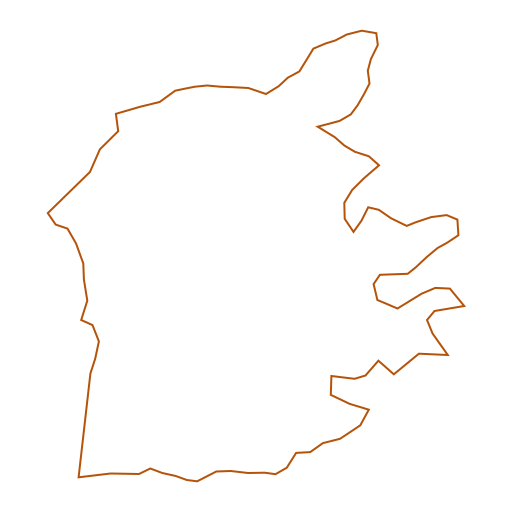 Bom Progresso, Rio Grande do Sul, Brazil (Natural Earth projection)
{"feature_id": "56859067B54458267467801", "entity_name": "Bom Progresso", "entity_type": "district", "adm_level": 2, "iso_a3": "BRA", "parent_name": "Brazil", "parent_adm1": "Rio Grande do Sul", "projection": "natural_earth1", "projection_center": [-53.832, -27.54], "detail": "fine", "context": "isolated", "style": "outline", "palette": "amber", "viewbox_px": 512, "rotation_deg": 0, "n_neighbors": 0, "source": "geoboundaries", "source_scale": "gbopen_adm2", "svg_char_len": 1432}
<svg xmlns="http://www.w3.org/2000/svg" viewBox="0 0 512 512"><path d="M369.5,83.5L367.8,70.7L370.9,59.1L377.8,45.0L376.3,33.2L361.8,30.7L346.8,34.5L335.2,40.5L325.6,43.5L313.4,48.6L306.5,59.9L299.4,71.4L287.8,77.7L278.7,86.2L266.0,94.0L248.3,88.0L233.3,87.2L220.0,86.7L207.2,85.5L194.9,86.7L184.7,88.7L175.2,90.7L159.6,102.0L140.0,106.8L115.9,113.8L118.2,131.2L99.9,149.3L90.0,171.9L47.8,213.1L55.7,224.6L67.5,228.6L76.0,243.4L83.3,263.5L83.9,279.4L87.3,300.7L81.2,320.0L92.5,325.1L98.9,341.4L95.2,358.7L90.4,373.5L78.6,477.3L110.6,473.5L139.0,474.0L150.3,468.5L162.3,473.0L175.8,476.0L186.8,480.0L197.2,481.3L216.3,471.5L230.7,471.0L248.1,473.0L264.7,472.7L275.5,474.2L286.8,467.7L296.1,452.9L310.2,452.1L322.9,443.1L340.0,438.8L360.3,425.3L368.8,409.7L349.7,403.9L330.8,394.9L331.4,376.0L354.5,378.8L365.5,375.5L378.4,360.7L393.8,374.3L418.9,353.7L447.8,355.0L432.6,333.6L427.0,320.0L434.5,311.0L464.2,306.0L449.9,288.6L435.3,287.9L421.6,293.7L397.5,308.5L377.4,300.0L373.6,284.1L379.9,274.8L393.4,274.3L407.7,273.8L415.8,267.3L427.0,256.8L437.6,248.0L447.2,242.7L458.4,235.2L457.4,219.6L446.6,215.1L431.2,217.1L416.2,222.1L406.7,225.9L391.1,218.3L378.8,209.8L368.2,207.3L361.4,220.8L353.5,231.9L344.7,218.8L344.3,202.8L352.2,189.9L364.1,178.1L379.0,165.3L368.9,156.3L354.9,151.8L344.3,145.5L334.8,137.2L317.7,126.7L339.6,120.9L350.8,114.4L357.6,105.3L364.1,94.0L369.5,83.5Z" fill="none" stroke="#b45309" stroke-width="2"/></svg>